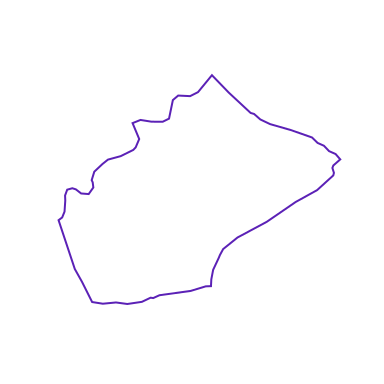 Santiago Sacatepéquez, Sacatepéquez, Guatemala, rotated 148°
{"feature_id": "79465075B66116547115808", "entity_name": "Santiago Sacatepéquez", "entity_type": "district", "adm_level": 2, "iso_a3": "GTM", "parent_name": "Guatemala", "parent_adm1": "Sacatepéquez", "projection": "mercator", "projection_center": [-90.681, 14.641], "detail": "fine", "context": "isolated", "style": "outline", "palette": "violet", "viewbox_px": 384, "rotation_deg": 148, "n_neighbors": 0, "source": "geoboundaries", "source_scale": "gbopen_adm2", "svg_char_len": 979}
<svg xmlns="http://www.w3.org/2000/svg" viewBox="0 0 384 384"><g transform="rotate(148 192 192)"><path d="M335.0,151.6L326.8,144.5L315.0,138.6L306.2,131.3L292.7,125.4L283.1,124.3L281.1,122.6L274.3,121.7L245.5,108.8L230.3,104.7L225.8,102.1L221.9,107.7L215.3,114.8L204.0,122.1L201.8,123.7L195.8,127.1L177.5,129.3L144.3,127.1L109.4,128.6L84.9,127.3L63.4,131.2L61.5,133.0L60.2,138.0L58.1,139.6L49.0,141.1L50.1,148.1L54.1,154.0L55.6,161.3L59.5,167.1L61.3,174.6L75.4,192.2L89.8,208.2L95.6,217.3L98.0,225.3L100.4,228.0L108.2,257.0L113.2,280.5L134.0,273.5L142.8,274.3L152.6,281.1L159.5,280.1L172.6,266.4L179.6,267.1L189.1,273.1L197.5,280.4L205.9,281.9L208.7,264.9L216.1,259.7L219.5,258.8L233.5,260.2L246.1,264.0L253.0,263.2L264.1,261.0L270.8,255.2L271.1,252.8L273.3,248.1L280.7,245.0L286.8,249.5L289.1,255.8L291.5,258.6L296.6,260.1L301.5,256.3L304.0,251.9L310.5,242.9L315.6,239.2L320.1,238.8L332.2,188.8L332.9,174.0L335.0,151.6Z" fill="none" stroke="#5b21b6" stroke-width="2"/></g></svg>